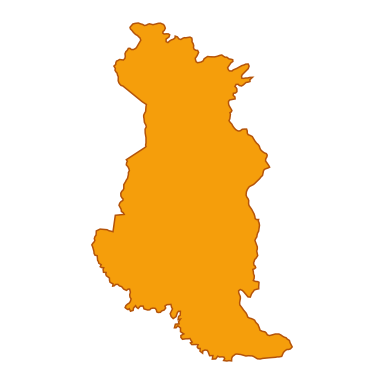 Itarantim, Bahia, Brazil
{"feature_id": "56859067B61683071099200", "entity_name": "Itarantim", "entity_type": "district", "adm_level": 2, "iso_a3": "BRA", "parent_name": "Brazil", "parent_adm1": "Bahia", "projection": "mercator", "projection_center": [-40.038, -15.683], "detail": "fine", "context": "isolated", "style": "filled", "palette": "amber", "viewbox_px": 384, "rotation_deg": 0, "n_neighbors": 0, "source": "geoboundaries", "source_scale": "gbopen_adm2", "svg_char_len": 5966}
<svg xmlns="http://www.w3.org/2000/svg" viewBox="0 0 384 384"><path d="M292.2,346.9L290.1,342.8L289.4,340.5L287.2,339.0L286.0,337.7L284.6,337.3L282.7,336.3L280.9,335.0L278.9,334.0L275.3,334.0L269.6,335.6L267.4,334.9L266.2,332.9L264.9,331.8L262.2,331.3L260.0,330.2L259.5,328.4L258.0,324.6L255.8,322.4L254.6,320.2L253.1,319.3L251.2,318.5L249.4,318.1L247.7,317.0L247.0,314.9L246.1,313.1L243.5,310.0L242.3,308.2L239.8,304.9L239.6,302.8L240.0,300.4L240.4,298.3L240.3,296.5L238.8,293.1L238.6,290.8L240.2,289.5L242.3,290.4L243.7,291.8L248.0,296.9L250.3,297.1L251.4,294.2L252.2,292.8L253.3,291.5L254.3,290.0L256.5,289.3L258.7,288.8L258.7,286.4L259.0,282.3L257.7,281.6L255.3,281.4L253.3,280.5L254.1,278.4L254.3,275.9L253.5,273.9L253.3,271.5L252.8,269.4L254.4,268.8L255.7,267.7L255.2,266.2L253.9,265.0L253.6,262.7L254.3,261.0L254.7,259.5L255.9,258.4L257.7,255.6L256.7,251.0L257.3,249.0L257.3,246.9L254.9,240.4L255.7,238.6L256.8,236.9L257.1,234.8L257.7,232.8L258.6,231.3L259.5,225.3L259.0,222.6L258.3,221.0L258.6,219.5L256.7,219.6L255.2,218.7L254.8,216.3L254.1,214.0L251.7,209.4L249.0,205.5L248.6,203.7L248.7,200.4L248.0,198.7L246.8,197.1L246.1,195.1L246.4,191.9L247.2,189.8L248.0,188.4L249.4,186.6L253.5,184.5L254.8,183.4L259.7,178.6L261.0,176.9L262.5,175.5L263.5,170.8L264.3,169.5L265.6,168.8L268.0,168.0L269.6,167.2L268.8,165.6L266.7,162.5L265.6,161.1L265.7,158.9L266.9,156.8L267.2,155.1L266.3,153.6L264.4,152.9L262.3,151.4L260.7,149.8L259.9,148.2L259.3,146.2L258.1,144.5L256.5,143.1L254.7,140.7L252.3,136.6L250.5,135.6L248.1,134.6L247.3,133.1L247.2,130.9L246.6,129.1L244.1,129.1L242.2,129.3L240.4,130.7L238.8,131.1L237.3,130.6L235.7,129.6L234.2,128.0L232.9,126.2L231.7,124.0L230.2,122.4L229.0,120.7L229.8,118.8L230.4,114.3L229.9,112.6L231.3,111.9L231.9,110.5L228.9,105.3L228.5,103.4L228.5,101.5L229.6,100.0L235.1,98.9L234.9,96.9L233.2,95.4L233.4,93.3L235.5,93.0L236.9,91.7L236.9,89.0L236.2,87.7L234.9,86.5L236.1,84.4L238.1,84.3L239.3,85.5L241.5,86.0L243.2,85.0L246.0,82.5L248.2,82.1L250.0,81.5L249.9,79.7L252.5,77.3L249.7,77.4L247.6,78.0L245.5,78.0L243.7,78.4L241.9,78.3L241.5,76.3L242.2,74.7L248.2,68.7L249.1,66.1L248.2,64.0L245.8,64.1L243.8,65.0L241.8,65.6L236.8,68.4L233.2,69.9L232.0,71.0L229.4,70.9L228.3,69.6L227.6,67.7L230.9,62.9L232.9,61.4L232.7,59.7L230.9,59.2L229.2,59.0L226.8,57.2L225.1,57.2L223.7,56.4L221.8,55.0L220.0,55.3L217.2,56.3L214.6,56.9L210.3,56.8L207.6,56.5L204.2,58.7L203.2,60.8L201.2,62.0L199.4,62.4L197.5,62.7L196.1,61.7L195.5,59.8L195.3,58.1L196.4,56.8L197.3,55.3L198.6,52.4L197.6,50.4L195.7,50.3L193.9,49.0L193.5,47.5L193.7,45.6L193.2,43.8L192.0,41.7L192.1,39.9L191.8,38.1L190.0,37.1L185.8,37.8L184.3,37.7L182.7,38.3L180.9,39.5L178.9,38.9L177.4,36.9L175.2,36.1L175.0,37.9L173.4,39.2L171.3,39.9L169.6,41.0L167.9,42.6L166.1,41.6L166.1,39.1L169.0,37.0L169.7,34.8L168.4,33.9L166.5,33.8L164.1,34.0L162.8,33.1L163.0,31.5L164.3,30.4L165.3,28.2L164.5,25.9L163.5,24.5L160.5,23.2L158.3,23.3L155.8,24.0L153.0,24.7L149.4,23.8L147.8,24.3L146.3,25.2L144.4,25.5L142.6,24.4L140.7,23.9L138.3,23.0L135.0,23.4L132.8,24.0L130.0,27.3L130.4,28.9L132.0,30.5L133.5,32.5L135.5,34.4L137.5,35.5L138.7,36.8L140.0,37.9L140.8,40.2L136.4,47.7L135.1,48.7L133.3,49.6L131.3,49.5L129.9,48.3L128.3,48.4L127.2,50.4L125.9,51.6L125.0,53.7L125.3,56.4L124.9,58.4L123.4,60.0L119.6,59.5L117.8,60.6L116.5,61.1L115.8,62.9L115.7,64.5L113.9,66.1L115.3,68.4L115.0,70.2L115.9,71.8L117.1,73.2L117.5,75.1L118.3,76.7L118.2,80.8L118.9,82.8L119.8,84.1L121.0,85.4L122.9,86.0L142.2,101.7L146.4,104.5L146.0,106.6L145.6,111.6L144.6,113.2L143.7,115.2L143.7,116.9L144.0,118.5L144.4,122.3L145.9,125.1L146.3,126.9L145.1,129.1L145.2,133.1L146.0,137.6L146.0,143.0L145.6,145.0L146.0,146.6L144.8,147.6L126.3,159.7L127.4,161.2L126.6,162.8L126.3,164.9L127.9,166.7L128.9,168.7L129.4,170.7L128.4,172.5L128.4,174.6L127.5,178.4L126.3,180.1L125.6,181.6L123.8,184.6L123.8,188.6L122.9,190.3L121.8,191.3L120.8,193.2L120.9,196.0L121.9,197.8L123.1,199.0L122.8,200.5L121.0,201.6L119.7,203.2L119.0,205.3L121.1,209.2L121.4,211.5L123.3,212.7L124.2,214.4L115.3,215.3L113.0,231.7L108.9,230.7L107.0,229.7L100.1,229.1L96.3,230.9L96.2,233.5L96.0,235.2L94.9,236.7L94.3,238.7L94.9,240.4L94.1,241.9L92.8,243.3L91.8,244.9L92.6,246.7L93.9,251.3L94.1,253.5L95.0,255.2L97.2,255.7L97.6,260.3L98.4,261.6L98.8,263.2L101.2,264.7L100.2,266.7L101.7,267.6L103.7,267.7L103.1,269.6L103.5,272.3L106.1,272.5L105.8,274.2L106.3,275.7L109.4,278.0L109.5,280.3L110.0,282.2L113.1,284.0L112.7,286.1L114.2,285.8L115.7,284.4L117.9,284.4L119.4,285.9L121.6,286.6L123.7,289.1L126.5,290.4L128.1,289.1L129.6,289.1L130.4,292.1L129.7,294.8L130.0,297.1L131.1,298.9L130.4,301.3L129.4,302.9L127.4,304.2L125.9,305.6L125.1,307.6L126.7,308.9L128.0,309.6L129.3,308.7L130.5,311.2L133.1,310.4L133.6,307.9L135.6,305.7L136.4,307.2L138.1,308.5L140.3,306.1L143.1,306.1L144.0,308.9L147.7,310.0L149.8,309.8L150.8,308.6L153.0,308.1L155.1,308.3L156.3,309.8L156.8,311.9L158.1,312.5L160.4,312.3L161.6,311.0L164.2,310.0L165.7,308.0L164.9,306.1L166.8,304.7L170.9,304.4L171.6,307.3L172.5,308.9L170.2,313.7L171.2,316.6L173.2,318.6L176.0,316.7L177.4,312.6L178.5,311.3L180.4,311.3L180.2,315.3L178.6,316.4L178.1,319.6L180.4,319.1L178.5,321.8L179.1,323.8L175.4,324.2L174.4,327.8L176.0,327.8L177.9,325.9L180.5,328.0L180.5,331.7L183.8,333.9L180.9,335.5L180.9,337.4L182.5,339.3L185.7,338.8L187.8,338.8L190.0,338.5L191.1,340.6L192.1,342.1L190.4,342.9L191.8,344.6L196.3,344.5L198.1,344.7L197.2,347.0L198.3,348.5L200.2,348.5L200.0,351.2L202.6,353.2L202.8,350.9L205.0,350.0L207.3,350.4L208.1,351.7L209.6,355.7L212.9,355.6L212.3,359.1L215.7,358.9L217.7,356.2L219.5,357.0L222.3,356.8L224.0,357.2L224.7,358.7L223.6,360.5L226.8,361.0L229.0,360.6L231.6,360.9L231.7,358.2L232.5,356.5L235.3,354.3L236.7,354.0L240.8,354.5L245.9,356.0L248.3,355.7L252.2,355.9L254.0,356.7L257.4,358.8L260.1,359.0L262.7,358.4L269.9,357.7L275.3,357.3L277.4,356.9L279.1,356.9L281.7,356.4L283.2,352.9L284.3,351.4L285.5,350.4L286.9,349.5L288.5,349.5L290.4,348.9L292.2,346.9Z" fill="#f59e0b" stroke="#b45309" stroke-width="1.5"/></svg>